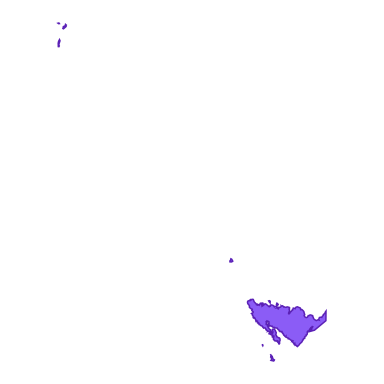 Supiori, Papua, Indonesia (Albers equal-area conic projection)
{"feature_id": "22746128B73598541988454", "entity_name": "Supiori", "entity_type": "district", "adm_level": 2, "iso_a3": "IDN", "parent_name": "Indonesia", "parent_adm1": "Papua", "projection": "albers", "projection_center": [135.52, -0.015], "detail": "fine", "context": "isolated", "style": "filled", "palette": "violet", "viewbox_px": 384, "rotation_deg": 0, "n_neighbors": 0, "source": "geoboundaries", "source_scale": "gbopen_adm2", "svg_char_len": 6039}
<svg xmlns="http://www.w3.org/2000/svg" viewBox="0 0 384 384"><path d="M326.0,311.1L325.2,312.2L324.9,313.3L323.3,314.6L323.3,315.4L322.2,316.4L321.8,317.4L320.8,317.2L319.4,317.5L318.9,319.0L318.5,319.4L318.8,319.9L318.3,319.7L316.2,320.6L314.2,319.3L313.5,318.4L313.3,317.4L312.5,316.3L312.8,316.0L312.6,315.6L310.9,315.0L310.1,314.9L309.5,315.2L309.3,315.5L308.2,315.6L307.6,317.0L306.8,317.5L306.0,317.5L304.9,316.9L304.1,315.7L304.7,314.8L304.7,314.4L304.4,314.1L304.4,313.5L304.0,312.7L304.1,312.2L303.6,311.2L302.0,309.6L301.5,309.5L300.9,309.8L300.6,309.7L300.7,308.9L300.3,308.0L297.4,306.8L296.0,307.2L295.1,308.7L294.6,308.3L293.3,308.1L293.2,308.9L292.4,309.4L292.6,310.1L291.2,311.2L291.2,311.5L290.2,312.2L290.0,312.9L289.0,313.9L288.6,313.7L288.6,312.9L289.0,312.4L288.9,312.1L289.6,311.3L289.4,310.7L289.6,310.0L289.1,309.2L289.5,308.3L289.3,308.3L289.2,307.4L288.5,307.3L288.1,307.0L287.0,306.9L286.3,307.3L285.1,307.3L284.4,306.9L283.8,307.0L283.7,306.6L282.8,306.1L282.6,305.8L281.3,306.0L281.1,305.8L281.1,306.4L280.5,307.1L279.9,307.3L278.9,307.3L278.7,308.2L278.2,308.9L277.7,308.4L277.8,307.8L276.9,307.9L277.7,307.3L276.6,306.7L274.9,306.4L274.3,306.9L274.0,306.2L272.9,305.3L271.3,304.9L270.3,305.3L270.3,306.1L269.7,306.1L269.4,306.7L269.1,306.7L266.4,304.4L265.6,303.9L265.0,303.8L263.2,305.5L262.1,306.2L262.1,305.3L261.6,304.9L261.8,304.7L262.1,304.8L262.6,305.2L263.0,304.8L262.8,304.4L263.3,304.0L262.9,303.1L262.6,303.0L261.4,303.7L261.2,303.6L261.0,303.2L260.9,303.3L260.3,303.3L259.6,304.6L258.8,304.6L258.9,305.0L258.3,304.7L257.8,305.2L257.4,305.1L257.2,304.4L256.8,304.8L256.4,304.7L256.2,303.8L254.3,302.0L253.3,299.5L252.9,299.3L251.7,299.4L251.3,299.9L250.9,300.0L250.5,299.7L250.3,300.3L249.9,300.3L250.0,300.6L248.1,300.9L247.6,301.6L247.5,302.4L247.8,303.7L249.3,305.5L249.5,306.2L249.3,306.9L249.5,307.5L251.2,308.9L252.1,309.1L252.3,309.5L251.9,310.0L251.8,310.5L253.2,311.9L253.2,312.2L252.7,313.0L251.7,313.3L251.5,313.5L252.2,313.8L252.1,314.1L252.5,314.7L252.3,315.0L253.1,316.1L253.2,317.5L253.5,317.5L253.4,317.7L253.6,317.9L254.1,317.7L254.2,318.1L254.7,317.9L255.0,318.3L255.7,320.2L256.1,320.3L256.0,320.8L256.4,320.7L256.4,321.7L256.9,321.6L257.0,321.0L257.3,321.1L257.2,321.3L257.4,321.9L258.1,322.4L257.8,322.5L257.7,323.0L258.3,323.1L259.1,323.7L259.3,323.9L259.0,324.1L259.3,324.3L259.3,324.5L259.6,324.5L260.6,325.5L262.3,326.1L262.4,326.5L262.8,326.7L262.8,327.2L263.8,328.2L264.4,327.9L265.2,328.0L265.8,328.8L265.9,329.6L266.4,329.7L266.5,330.2L267.5,330.5L268.2,331.1L267.9,331.4L268.6,331.3L270.3,332.1L270.5,332.3L270.1,332.5L270.1,332.8L269.0,333.3L269.1,333.9L270.2,334.0L270.5,334.4L271.1,334.5L271.3,334.8L272.4,334.9L272.2,335.6L273.9,336.0L273.8,336.9L273.4,337.3L273.6,337.6L273.4,338.8L273.7,339.1L273.5,339.3L274.5,340.6L275.2,341.0L276.0,340.7L276.4,341.1L277.0,341.2L277.1,340.9L277.5,340.8L277.5,341.4L277.9,341.4L277.7,341.9L278.2,342.1L278.0,342.4L278.6,342.9L278.7,343.8L279.2,344.0L279.5,343.6L279.7,343.0L279.4,342.2L280.1,340.2L279.9,338.6L279.4,337.9L279.0,338.0L277.1,336.8L276.6,336.7L276.6,335.8L275.7,334.6L276.1,333.9L276.2,332.3L275.6,331.6L275.4,330.6L274.3,329.2L272.6,329.2L272.2,330.4L272.6,330.9L272.1,330.9L271.8,331.6L271.9,332.3L272.3,332.5L272.0,332.6L272.3,333.2L271.6,333.1L271.4,332.3L270.6,331.7L270.3,330.8L270.6,329.9L270.3,329.6L269.9,329.5L268.3,327.9L268.2,327.5L268.8,326.9L268.6,326.4L268.3,326.3L268.3,326.0L268.0,326.0L267.8,326.5L267.5,326.0L267.9,325.6L267.7,325.6L267.5,325.3L267.7,325.0L267.3,325.2L267.0,324.8L267.3,324.3L267.1,324.2L266.8,324.6L266.6,324.4L267.0,324.1L266.4,324.2L266.5,323.9L266.3,323.8L266.6,323.3L266.3,323.2L266.4,322.2L266.1,321.7L266.4,321.4L266.5,321.9L266.7,322.0L266.8,321.7L267.2,321.8L267.2,321.2L267.5,321.1L267.5,321.4L268.1,321.4L269.1,322.0L268.8,323.0L269.0,323.4L268.7,323.6L268.8,324.3L269.8,325.9L270.5,326.0L270.7,325.8L271.3,326.2L272.1,326.2L272.1,326.6L272.6,327.0L273.7,327.5L274.6,327.4L274.9,327.9L277.2,328.1L278.0,329.4L278.9,330.0L279.2,330.9L279.7,331.0L279.9,331.5L280.4,331.4L280.8,331.7L281.3,331.5L281.6,331.8L281.9,331.7L281.9,332.3L282.2,332.4L282.5,333.2L282.9,333.2L283.4,334.0L283.3,334.4L283.9,335.3L284.3,335.3L284.7,335.9L285.0,335.7L284.7,336.0L285.0,336.4L285.7,336.9L285.9,336.6L285.9,337.1L287.1,337.6L287.7,338.1L288.1,338.0L288.5,338.3L288.5,338.7L288.8,338.5L290.9,340.2L291.9,340.5L291.8,341.1L292.5,341.0L292.2,341.4L292.8,341.3L292.8,341.6L292.5,341.9L293.7,343.4L294.3,344.6L294.6,344.8L294.7,344.3L294.9,344.7L295.0,344.4L295.1,344.9L296.6,345.6L296.9,346.3L297.4,346.6L299.4,344.6L299.7,343.9L301.7,342.2L302.6,340.6L302.6,340.0L303.4,339.7L303.6,339.0L303.5,338.7L304.0,338.3L304.7,338.3L304.9,337.6L304.7,336.9L305.1,336.4L306.1,335.9L306.4,335.4L306.3,334.9L306.6,334.9L307.2,334.2L307.4,332.4L307.2,332.1L307.4,331.6L307.8,331.1L308.3,331.2L308.7,331.0L309.2,330.1L309.9,330.0L309.8,329.1L310.4,329.0L310.5,328.5L310.7,328.8L310.9,328.4L311.2,328.4L311.3,327.8L312.2,326.5L312.8,326.8L311.6,328.6L311.7,330.0L311.2,330.6L310.0,331.2L309.2,331.1L309.1,331.7L314.5,330.2L325.9,320.7L326.0,311.1ZM272.2,356.4L270.8,354.9L270.4,354.1L271.1,355.7L271.2,356.2L270.8,356.4L270.7,357.1L271.2,357.5L271.5,358.8L271.4,359.9L271.0,360.4L273.7,361.0L274.2,360.4L274.4,359.9L273.0,359.0L272.2,356.4ZM63.5,28.8L66.1,26.5L66.0,25.5L66.3,25.1L65.5,24.4L65.2,25.9L64.1,26.2L63.2,26.9L63.2,27.8L62.9,28.5L63.5,28.8ZM59.3,45.9L58.9,45.1L59.0,43.9L60.0,40.8L59.5,39.6L58.6,41.3L58.2,43.2L58.3,46.6L58.9,46.7L59.3,45.9ZM232.7,261.4L232.7,261.0L231.7,259.2L230.9,258.8L230.6,260.1L230.0,260.7L229.9,261.8L231.2,262.0L232.7,261.4ZM276.8,303.2L276.4,304.7L276.6,305.5L276.9,305.5L277.8,305.1L278.2,304.5L277.4,303.4L276.8,303.2ZM269.6,300.7L268.7,300.9L269.4,302.1L270.1,302.9L270.2,301.3L269.6,300.7ZM273.5,336.7L273.1,336.2L272.8,336.2L272.5,336.4L272.3,336.9L273.2,337.4L273.5,336.7ZM59.4,23.6L59.2,23.2L58.7,23.0L58.0,23.2L58.7,23.7L59.4,23.6ZM262.8,345.8L262.9,345.6L262.5,344.1L262.4,345.1L262.8,345.8Z" fill="#8b5cf6" stroke="#5b21b6" stroke-width="1.5"/></svg>